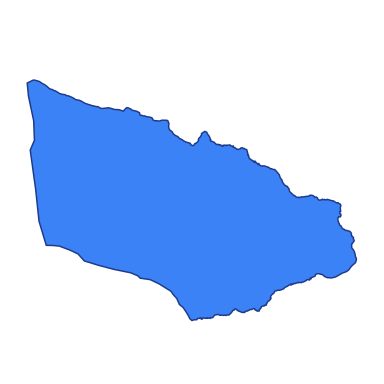 outline of West Ambrym, Malampa, Vanuatu, rotated 174°
{"feature_id": "77236927B87876939805141", "entity_name": "West Ambrym", "entity_type": "district", "adm_level": 2, "iso_a3": "VUT", "parent_name": "Vanuatu", "parent_adm1": "Malampa", "projection": "albers", "projection_center": [167.993, -16.285], "detail": "fine", "context": "isolated", "style": "filled", "palette": "blue", "viewbox_px": 384, "rotation_deg": 174, "n_neighbors": 0, "source": "geoboundaries", "source_scale": "gbopen_adm2", "svg_char_len": 5827}
<svg xmlns="http://www.w3.org/2000/svg" viewBox="0 0 384 384"><g transform="rotate(174 192 192)"><path d="M205.5,64.2L202.4,64.8L200.9,64.4L200.4,64.7L199.8,65.6L197.3,65.6L196.9,66.0L196.2,65.8L196.0,64.6L195.6,64.5L195.0,64.7L194.5,65.1L194.4,65.5L194.1,65.6L190.7,64.8L190.1,64.8L189.9,65.3L189.1,64.8L187.8,64.9L187.2,64.5L186.7,65.2L185.4,64.7L184.2,65.3L183.6,65.8L182.6,67.0L182.3,67.2L179.4,67.5L178.5,67.3L177.2,66.5L174.9,66.4L173.7,66.0L172.3,66.0L170.6,65.7L169.5,66.1L168.2,65.9L167.6,66.0L167.2,66.6L165.8,67.5L165.5,68.2L165.0,68.4L164.5,68.8L164.1,69.6L163.7,70.0L162.5,70.1L161.4,71.4L159.6,70.2L159.3,69.4L158.7,69.5L157.8,68.5L156.2,67.9L155.3,67.2L154.0,66.8L153.1,67.1L152.1,66.7L151.5,67.6L151.0,67.9L149.1,67.8L148.2,68.4L147.1,68.6L146.7,69.0L144.5,69.0L143.4,69.5L142.7,69.6L141.9,69.4L141.9,68.9L141.5,68.1L140.4,67.5L139.6,66.7L138.5,66.8L138.0,66.6L137.6,66.7L137.4,67.3L137.5,67.8L136.8,68.2L136.6,68.7L135.7,69.2L135.4,69.6L135.4,70.2L135.1,70.5L134.0,71.1L132.1,71.2L132.0,71.6L131.7,71.8L130.7,71.6L130.0,71.8L129.2,73.7L128.7,74.0L127.9,75.4L126.4,75.9L124.6,77.8L124.5,78.2L125.0,79.2L124.4,80.4L123.1,81.7L122.0,82.3L121.8,82.7L121.0,83.0L120.2,84.5L119.8,84.8L118.0,85.0L116.9,85.4L114.9,85.1L111.4,86.0L110.6,86.4L109.5,87.6L107.9,87.9L105.8,88.9L105.1,89.5L104.5,89.6L103.3,89.1L103.0,89.3L103.1,90.1L102.6,90.2L102.0,89.6L101.6,89.6L100.9,90.0L100.6,90.4L99.5,90.1L96.9,90.7L96.5,91.0L95.8,90.6L94.8,90.9L92.8,90.4L92.0,90.8L90.4,90.9L87.6,92.1L86.9,92.8L84.9,92.5L84.5,92.7L84.2,92.3L83.9,92.6L84.0,93.0L83.8,93.2L83.5,94.0L83.2,93.9L82.7,93.4L82.0,94.5L79.0,95.2L78.3,95.7L77.6,97.1L76.7,97.5L75.6,97.6L74.3,97.5L73.3,97.0L71.2,96.3L70.6,95.9L69.3,94.4L68.4,93.7L66.1,92.6L65.7,92.4L64.1,92.5L63.1,92.0L62.1,92.0L58.1,92.5L50.5,95.8L47.2,96.5L44.5,97.9L41.3,101.4L36.7,104.8L35.8,106.9L35.5,108.0L35.6,109.0L36.3,111.1L36.2,112.2L36.7,115.3L37.4,117.3L38.7,119.4L39.0,120.1L38.6,123.4L38.1,124.1L37.6,124.3L36.9,125.4L36.0,126.1L35.8,127.1L36.4,128.5L36.2,130.0L37.6,131.2L37.8,131.6L37.6,132.0L38.0,132.6L37.8,134.3L38.9,136.1L39.5,136.6L41.1,137.0L41.9,137.6L43.5,137.9L44.0,138.3L44.2,138.8L44.7,138.9L45.9,139.7L46.8,141.0L47.4,142.6L48.7,144.0L48.9,145.2L49.2,145.4L49.4,146.9L49.8,148.1L49.8,150.2L48.9,152.0L47.6,151.7L47.1,151.8L46.6,152.5L46.3,153.5L46.3,154.4L47.1,154.8L47.0,155.9L47.2,157.0L46.2,157.2L46.1,157.8L46.3,158.5L46.1,161.1L45.4,162.9L45.5,163.7L45.8,164.3L46.4,164.9L47.1,165.1L47.8,166.0L48.2,165.9L48.4,166.1L49.4,166.2L50.1,166.5L52.3,168.4L53.6,168.6L58.0,170.5L58.7,170.4L58.8,170.1L59.1,170.0L60.6,170.6L61.0,170.7L61.5,170.5L62.1,170.6L62.9,171.2L63.2,171.2L63.7,170.7L64.7,170.7L65.8,170.4L67.2,171.2L67.8,172.7L68.3,173.5L69.0,174.0L70.3,173.9L71.0,174.8L72.1,175.8L74.0,176.4L75.1,176.4L76.0,175.8L77.2,175.6L79.8,175.7L80.9,175.4L83.6,175.7L85.5,175.2L86.2,175.7L86.7,175.4L88.0,175.7L89.2,176.4L89.9,177.3L90.7,177.5L91.0,178.2L91.9,178.6L93.1,180.3L94.0,181.1L94.9,182.6L95.3,184.5L95.2,185.1L96.0,186.1L96.6,187.6L97.8,188.0L98.1,188.6L98.9,189.0L99.7,189.8L99.9,190.6L100.9,192.2L101.3,194.6L101.8,195.1L102.8,197.1L103.4,199.9L104.0,201.0L107.0,205.3L107.6,205.8L108.7,205.8L110.4,206.8L111.7,207.0L113.0,208.4L116.7,210.1L117.6,210.4L120.0,210.6L121.3,211.2L121.9,211.7L122.3,212.7L122.8,212.6L122.5,213.0L122.8,213.3L123.8,213.3L125.2,214.5L125.6,215.4L126.1,215.1L126.3,215.8L126.9,215.1L127.3,215.2L127.4,216.1L127.8,216.5L128.5,216.7L128.7,217.2L129.4,217.3L130.4,218.6L131.5,219.2L131.7,219.5L131.7,221.2L132.0,221.8L132.0,222.9L132.7,223.0L132.5,224.3L133.0,227.9L133.3,228.4L134.7,229.0L135.2,229.7L136.4,229.9L137.2,230.7L138.0,230.7L138.6,230.7L139.7,229.8L141.1,229.6L142.6,229.7L143.5,230.6L144.4,231.1L144.8,231.8L146.2,232.2L146.2,233.3L146.8,233.1L146.9,233.4L147.2,233.5L148.2,233.6L148.5,233.9L149.0,234.6L149.6,234.9L150.9,234.7L152.4,235.0L152.8,234.6L153.2,234.6L153.8,235.0L154.7,235.2L155.9,234.6L155.9,235.2L156.3,235.2L157.1,234.6L158.0,234.8L158.5,235.8L159.2,235.9L159.4,236.1L160.1,235.9L160.5,236.5L161.0,236.6L162.0,236.5L163.4,237.4L164.6,239.0L167.0,240.4L167.7,240.4L168.4,241.2L168.3,241.9L167.9,242.1L168.6,243.2L168.5,244.1L169.3,246.1L169.9,246.8L170.2,247.7L170.7,248.3L171.0,249.7L172.1,250.6L173.1,250.9L176.4,249.2L176.5,247.9L178.1,245.8L179.7,244.6L180.2,243.4L180.1,242.6L181.2,241.2L182.5,240.3L183.6,240.0L184.4,239.6L184.9,238.7L185.5,238.2L186.7,238.1L188.3,239.2L188.5,240.5L189.2,240.9L192.4,242.1L194.1,243.1L196.7,245.3L199.0,246.7L200.4,248.8L201.0,248.9L203.1,250.3L204.7,252.1L205.0,252.6L205.2,253.6L205.8,254.4L207.2,255.5L208.3,257.4L208.4,259.3L207.8,262.8L208.2,263.8L208.5,265.2L209.3,265.9L213.6,266.5L214.8,266.5L216.6,266.0L218.0,266.1L219.5,266.6L220.3,266.5L222.2,267.1L223.2,267.7L223.8,269.6L224.3,270.1L226.0,270.8L229.1,271.6L231.3,272.7L232.7,272.8L234.6,273.8L235.2,273.7L235.7,274.1L235.9,274.9L235.8,276.0L236.0,276.4L238.6,278.1L239.4,278.3L240.3,278.7L242.7,279.5L243.5,280.1L244.4,281.1L246.9,282.4L247.9,282.7L248.7,282.4L251.9,279.6L256.0,281.5L260.1,282.1L265.8,284.4L268.0,284.5L271.1,284.4L273.1,284.5L274.5,285.1L276.8,286.8L277.9,286.8L279.1,287.2L280.4,287.8L281.9,288.1L289.2,291.4L292.9,294.1L294.4,295.0L297.2,295.7L298.1,296.1L300.7,298.2L304.3,300.3L306.4,300.9L308.2,302.1L310.5,302.6L313.4,303.8L317.2,306.8L318.7,307.3L320.2,308.5L321.6,308.9L323.3,310.0L325.3,312.3L327.3,314.1L329.6,315.6L331.3,317.1L332.7,318.1L337.1,319.8L337.8,319.8L338.5,319.8L344.5,317.6L344.6,304.4L342.0,279.4L343.3,259.9L348.5,250.6L347.2,210.7L347.2,178.9L342.5,154.2L335.7,153.3L329.7,152.1L319.5,147.0L311.8,142.3L306.3,134.7L292.2,128.7L277.7,123.2L261.5,118.1L254.6,114.3L252.5,111.7L242.7,109.2L234.2,104.0L223.3,95.5L221.2,91.7L218.3,87.8L216.3,81.5L212.9,78.1L210.0,72.6L208.3,68.8L207.4,66.2L205.5,64.2Z" fill="#3b82f6" stroke="#1e3a8a" stroke-width="1.5"/></g></svg>